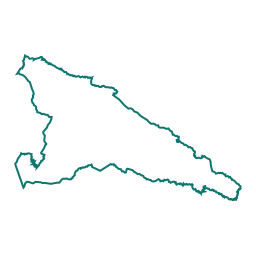 the district of San Juan De Arama, Meta, Colombia
{"feature_id": "7082276B21683535266968", "entity_name": "San Juan De Arama", "entity_type": "district", "adm_level": 2, "iso_a3": "COL", "parent_name": "Colombia", "parent_adm1": "Meta", "projection": "orthographic", "projection_center": [-73.737, 3.312], "detail": "fine", "context": "isolated", "style": "outline", "palette": "teal", "viewbox_px": 256, "rotation_deg": 0, "n_neighbors": 0, "source": "geoboundaries", "source_scale": "gbopen_adm2", "svg_char_len": 5766}
<svg xmlns="http://www.w3.org/2000/svg" viewBox="0 0 256 256"><path d="M132.7,109.4L130.8,108.3L128.4,108.6L127.9,108.2L124.4,105.3L119.4,99.7L114.1,95.8L114.2,94.7L113.3,94.8L113.7,93.4L116.3,93.4L117.3,91.7L116.4,90.6L115.5,90.3L115.6,89.9L114.8,89.8L113.4,88.0L112.5,88.1L111.5,87.4L110.1,87.8L108.9,87.3L105.6,87.2L103.7,85.8L102.6,86.3L102.0,86.0L101.1,87.0L99.4,87.0L98.2,85.8L96.2,86.1L95.7,85.5L94.9,85.8L94.1,85.0L92.7,85.1L91.3,83.9L91.1,81.0L91.9,78.5L91.2,78.1L91.6,77.6L90.1,78.1L89.8,77.5L88.0,77.9L87.9,77.4L86.7,76.8L85.6,76.9L85.2,77.3L84.8,76.8L84.0,77.3L82.6,76.5L80.3,77.3L78.5,76.1L75.9,76.7L74.5,75.8L73.9,76.2L73.1,75.6L73.0,76.0L70.6,74.9L70.1,75.3L68.2,74.0L67.4,74.2L67.4,73.5L66.8,73.4L66.1,72.1L64.3,72.0L63.3,70.8L62.1,70.3L62.0,69.6L61.1,69.5L61.1,69.0L60.3,69.4L60.0,68.7L59.2,68.9L55.6,67.0L54.6,65.8L52.9,65.4L51.6,64.4L51.1,64.4L50.8,63.8L50.4,64.2L49.7,64.1L50.0,63.9L49.7,63.7L49.3,63.9L49.0,63.1L48.5,63.4L47.2,62.3L46.7,62.3L46.5,61.7L45.8,61.7L45.9,61.2L44.9,59.9L43.5,60.0L43.5,59.3L43.0,59.4L43.3,59.1L42.4,58.9L42.8,58.4L41.4,57.4L41.6,57.1L40.9,56.9L39.1,58.0L35.5,58.9L33.8,59.9L34.0,58.9L32.8,58.3L29.6,58.8L27.8,56.7L26.2,56.5L25.5,55.9L25.3,56.3L25.0,55.9L23.8,60.2L23.0,61.0L24.0,62.9L23.5,63.9L24.1,64.7L23.0,66.4L23.4,66.6L22.1,68.5L21.6,68.2L20.5,68.6L17.2,73.7L18.9,73.2L19.7,74.2L22.7,75.0L25.2,76.9L28.3,81.1L29.8,82.0L32.3,89.8L33.2,91.3L33.7,94.5L32.9,95.5L33.1,97.6L32.2,98.6L31.7,100.2L32.5,102.8L33.2,103.1L34.0,105.2L35.3,105.9L36.2,107.2L36.1,109.3L37.0,110.4L37.3,112.3L40.1,112.8L41.9,114.3L43.3,113.8L45.9,114.8L47.7,114.9L49.3,117.1L51.6,117.0L51.4,118.9L50.0,122.4L47.6,125.4L47.1,127.4L43.2,131.9L43.4,133.6L44.9,135.7L44.2,140.3L44.5,141.5L46.3,143.9L46.2,144.4L45.2,145.1L44.3,147.7L41.1,152.9L41.6,153.9L44.5,154.8L44.4,155.7L43.3,156.6L44.2,158.3L44.0,158.9L42.9,159.4L42.4,160.8L41.2,160.9L40.8,162.5L39.8,163.1L38.9,165.3L36.8,167.7L37.2,165.4L36.0,164.7L36.0,165.8L35.0,165.8L34.9,166.7L34.6,166.6L33.7,164.9L34.4,164.4L34.3,163.4L33.8,164.1L32.4,164.2L33.4,163.4L32.6,162.0L34.4,162.1L34.8,161.3L33.6,161.6L33.4,159.9L32.6,160.4L32.1,159.7L31.4,160.8L31.1,159.0L32.0,157.0L31.3,156.4L31.6,154.2L29.1,153.4L26.8,153.6L26.5,154.2L24.9,153.8L24.5,154.5L23.3,153.8L22.0,154.0L21.2,153.3L20.8,154.6L17.6,159.3L16.8,161.9L15.4,163.4L15.4,164.7L23.4,187.6L24.3,186.5L25.2,183.4L26.8,181.8L28.4,181.9L32.6,183.3L33.5,183.2L35.4,181.9L40.9,182.3L42.2,183.0L44.5,182.9L50.9,183.8L57.8,182.6L59.4,182.7L61.7,179.6L63.2,178.7L65.3,178.8L66.3,178.5L69.5,179.5L71.3,179.1L71.4,178.4L72.6,178.0L72.5,177.3L74.8,175.1L74.6,174.1L75.7,171.4L76.7,170.6L77.3,170.6L78.6,168.6L80.0,168.1L80.5,168.6L80.9,168.0L81.5,168.2L81.8,167.6L82.2,167.6L81.8,167.2L82.2,167.5L85.2,167.3L85.8,166.7L87.0,166.5L87.3,166.1L87.5,166.4L88.5,165.3L90.9,165.2L91.5,164.7L92.2,167.0L100.2,170.8L110.8,164.0L111.5,164.6L113.8,164.2L114.2,165.5L115.4,165.4L116.2,167.1L117.1,167.4L118.4,168.8L120.9,169.2L121.9,171.4L123.1,171.2L125.0,172.7L125.8,172.5L126.8,169.0L127.5,168.7L132.7,170.2L134.0,171.9L135.5,172.4L137.7,174.1L139.4,173.9L141.5,175.4L142.5,175.4L143.4,176.1L143.9,177.3L146.0,178.4L146.5,179.3L147.6,179.1L149.6,180.0L150.6,180.0L151.6,181.1L153.3,181.5L155.4,181.1L158.5,179.1L159.7,179.9L160.4,181.3L162.5,180.7L163.5,181.2L164.2,179.8L165.7,180.3L167.6,179.5L168.5,180.1L169.0,181.9L170.0,181.8L170.6,182.8L172.2,181.9L174.1,181.6L174.7,182.1L175.7,182.0L175.9,182.5L175.5,183.3L176.6,184.6L178.0,183.8L179.1,183.6L179.5,184.1L180.6,183.4L181.2,183.6L181.4,184.5L182.3,184.5L182.8,185.3L183.4,183.8L183.9,184.8L184.7,184.1L185.8,184.6L186.6,183.9L187.8,184.7L189.7,184.1L190.9,184.9L192.0,184.2L192.6,184.7L192.2,187.1L193.7,189.6L195.4,189.0L196.3,191.3L198.5,190.9L198.8,191.3L198.4,192.3L199.6,192.8L200.0,192.3L201.1,193.7L201.3,192.2L204.7,191.5L203.5,190.8L202.7,191.0L202.3,190.4L203.7,188.9L204.6,188.9L204.5,188.2L203.6,187.6L203.6,186.6L205.2,186.2L205.2,187.1L206.0,188.2L207.3,188.3L208.0,188.8L208.7,188.6L210.0,190.0L211.7,190.3L212.2,189.7L213.0,190.2L213.2,189.9L214.1,190.4L214.0,191.0L216.1,191.5L216.2,192.3L219.2,193.2L219.0,194.1L219.3,194.3L220.2,193.8L220.8,194.2L221.4,194.0L221.7,195.2L222.9,195.6L222.4,195.9L222.6,196.3L223.9,197.2L224.4,197.0L224.7,197.5L225.6,196.9L227.5,197.5L229.0,199.3L230.5,199.5L230.6,199.0L231.6,199.1L232.8,200.1L234.2,199.8L233.9,199.0L235.7,198.1L235.8,198.6L235.3,199.6L236.0,199.8L236.4,198.7L236.0,198.4L237.0,197.9L236.8,196.2L237.5,195.5L237.4,194.6L238.0,193.7L238.0,192.7L237.5,193.0L237.1,192.0L237.9,191.6L237.8,191.2L238.3,190.9L238.2,190.2L238.6,190.0L238.8,189.1L239.8,189.4L240.6,188.6L240.3,187.4L240.6,186.4L239.3,185.5L239.0,184.5L237.0,183.6L234.2,180.6L233.2,180.3L232.4,179.5L231.9,179.7L231.6,178.7L230.8,178.2L230.1,176.9L229.0,177.4L228.0,176.1L225.8,176.3L225.3,175.5L225.4,174.5L224.1,174.4L222.2,172.8L221.3,173.2L220.6,172.8L219.4,173.2L218.6,172.8L216.0,173.6L215.8,173.1L214.0,171.8L212.3,171.2L210.9,165.8L210.5,161.4L209.7,159.4L206.6,158.0L204.4,156.2L204.1,156.6L203.2,156.2L203.3,156.6L202.5,157.3L202.2,157.1L202.3,157.5L201.0,158.3L199.0,157.7L196.7,158.1L195.6,157.6L195.0,157.0L195.2,156.4L194.7,156.3L194.8,155.5L194.0,155.4L194.2,153.6L194.8,153.2L194.9,151.5L193.8,151.1L192.5,149.2L192.4,148.3L191.2,148.0L190.1,147.0L188.4,147.3L187.4,145.9L185.6,144.8L184.3,144.9L183.1,143.4L181.6,143.0L179.5,141.0L178.4,142.1L177.0,141.8L176.7,139.9L177.8,139.6L178.5,139.9L178.8,136.8L177.6,136.8L177.1,136.0L176.0,136.1L174.7,135.6L173.7,134.6L172.7,134.7L171.9,131.6L170.3,130.8L168.3,128.4L166.6,128.9L163.6,127.7L160.1,127.7L158.7,127.1L158.3,125.4L156.2,125.4L155.2,124.4L153.5,123.6L151.1,123.8L148.4,121.6L147.4,120.2L140.4,115.8L137.5,112.7L134.2,111.4L132.7,109.4Z" fill="none" stroke="#0f766e" stroke-width="2"/></svg>